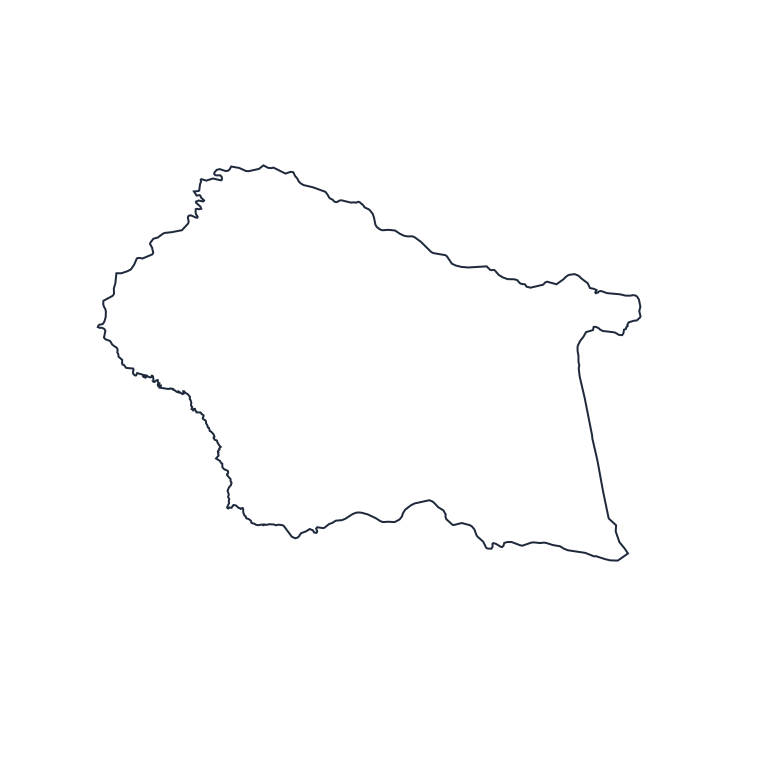 Lacluta, Viqueque, East Timor (Robinson projection), rotated 293°
{"feature_id": "22284137B55605414153919", "entity_name": "Lacluta", "entity_type": "district", "adm_level": 2, "iso_a3": "TLS", "parent_name": "East Timor", "parent_adm1": "Viqueque", "projection": "robinson", "projection_center": [126.14, -8.806], "detail": "fine", "context": "isolated", "style": "outline", "palette": "slate", "viewbox_px": 768, "rotation_deg": 293, "n_neighbors": 0, "source": "geoboundaries", "source_scale": "gbopen_adm2", "svg_char_len": 6153}
<svg xmlns="http://www.w3.org/2000/svg" viewBox="0 0 768 768"><g transform="rotate(293 384 384)"><path d="M323.3,674.8L326.6,669.8L330.4,662.5L338.8,654.9L344.6,652.9L348.0,643.5L348.7,642.9L371.2,627.3L396.6,610.6L415.5,596.9L417.6,595.9L449.1,574.5L467.5,561.1L474.7,557.0L477.5,556.5L480.1,554.5L486.1,551.9L489.7,549.5L493.1,547.9L495.2,547.4L500.6,547.8L505.3,549.1L510.7,549.7L515.3,555.3L518.4,554.7L519.2,556.0L519.4,557.9L519.1,560.2L518.5,561.7L518.3,564.7L521.4,575.3L521.6,577.0L521.0,580.9L522.0,584.1L524.0,584.6L527.8,583.7L529.2,585.2L530.9,584.8L532.5,585.7L533.5,584.8L536.4,585.2L539.9,589.3L541.2,591.8L545.3,593.7L546.5,593.7L550.8,590.5L555.3,589.8L561.3,585.7L563.4,582.8L563.7,581.0L563.2,578.7L561.5,576.1L559.7,571.7L558.8,566.3L554.8,553.8L554.4,547.4L552.9,545.4L552.1,545.4L550.3,543.6L550.8,542.7L553.5,542.9L553.6,540.0L552.8,536.1L556.4,532.1L558.0,525.4L559.7,520.6L559.6,516.5L557.1,512.2L555.8,510.8L552.8,509.1L550.7,508.4L543.2,503.8L541.9,494.2L540.6,492.8L537.5,491.6L529.9,481.2L529.3,477.1L530.8,474.9L529.8,471.2L530.0,469.4L531.7,466.0L531.2,462.7L528.8,456.8L528.6,451.7L529.2,447.0L531.7,442.1L532.0,440.7L530.6,438.1L530.6,437.0L532.4,432.5L524.2,416.1L522.0,409.4L521.1,403.9L521.3,399.4L526.2,391.9L526.6,390.3L523.8,378.3L523.9,376.0L529.4,362.1L531.1,354.6L531.0,352.3L529.1,348.2L528.3,344.6L528.5,339.9L529.6,334.2L527.6,327.7L525.0,322.7L524.7,320.7L524.9,319.0L525.7,316.1L527.2,313.9L533.5,309.6L536.2,307.1L537.4,305.0L538.8,302.2L539.0,297.2L540.5,294.9L541.8,290.6L541.7,289.1L540.2,287.8L539.1,284.5L538.1,282.9L536.5,273.2L535.7,271.6L533.0,269.5L532.6,268.5L532.5,266.9L533.5,265.0L533.8,261.3L536.5,257.7L538.0,254.9L537.3,241.6L535.7,232.3L536.1,229.0L537.2,226.3L539.0,224.3L540.9,220.6L543.5,217.8L542.9,215.3L539.2,211.1L540.0,197.6L538.8,196.2L537.7,193.0L538.1,187.6L533.1,184.8L527.1,176.4L526.1,173.8L526.3,166.4L524.5,158.4L521.1,158.0L519.2,156.9L518.2,155.1L517.6,148.8L515.8,146.4L512.8,145.3L511.2,145.5L510.6,146.3L510.4,147.9L512.1,151.7L511.4,153.5L509.5,154.8L508.5,154.9L507.8,154.4L506.3,146.2L501.8,141.0L501.2,135.8L500.3,135.5L498.7,136.5L496.0,136.6L489.9,138.3L489.2,137.9L487.0,133.8L484.2,137.9L485.8,140.5L485.5,141.6L484.1,142.8L482.7,146.7L481.6,146.5L481.3,145.9L480.5,141.8L478.6,139.8L478.0,139.7L477.3,140.4L475.6,145.6L473.9,147.3L472.7,145.6L472.0,143.0L471.3,142.4L468.2,143.6L466.8,144.6L465.2,147.1L464.1,147.1L463.7,146.1L463.8,140.3L462.6,138.5L460.8,138.3L457.0,140.8L455.2,141.0L446.6,137.9L440.7,129.1L437.5,123.3L436.0,121.8L430.4,118.5L427.7,115.0L422.7,113.7L421.5,113.9L419.0,117.1L414.7,120.3L412.8,120.1L405.1,112.6L404.7,110.1L403.6,107.9L402.8,107.4L396.2,107.4L390.5,106.2L387.6,103.8L383.2,98.8L381.4,94.4L372.0,97.3L366.3,98.0L361.6,100.2L359.7,100.0L358.4,99.2L351.0,93.2L347.9,94.3L345.8,95.9L344.0,98.3L341.8,99.8L336.7,101.7L332.3,102.2L329.7,101.8L329.0,101.4L327.6,99.1L326.3,98.3L324.6,98.3L324.6,100.4L325.5,102.2L325.4,105.0L324.0,106.8L317.3,108.1L316.3,110.1L316.6,115.0L314.0,118.6L312.8,124.1L311.3,125.5L309.0,126.1L307.7,127.7L305.4,129.0L303.9,133.6L300.4,134.9L299.7,135.9L300.0,136.9L298.1,140.4L300.2,147.1L299.4,147.9L297.2,148.1L295.5,149.1L294.6,151.1L294.8,152.2L295.2,152.5L297.6,152.5L298.4,159.4L297.5,159.7L296.9,159.3L296.5,159.9L296.7,162.1L297.2,162.3L298.8,161.0L299.1,162.2L298.5,164.3L298.8,166.4L299.5,167.2L300.9,167.0L301.1,167.7L300.6,168.5L297.7,170.2L296.6,170.6L296.3,170.2L296.0,170.7L296.0,171.5L296.7,172.3L298.6,173.2L299.2,174.1L296.9,175.7L296.9,177.0L295.5,176.9L295.1,176.0L294.2,176.5L294.0,176.8L294.9,177.6L295.5,179.2L295.1,179.4L293.5,178.2L292.9,178.6L295.0,186.9L295.5,188.2L296.5,188.9L296.4,189.7L297.0,191.2L297.0,191.8L296.5,191.8L296.3,192.4L296.4,194.0L295.8,196.1L296.0,198.4L296.8,198.0L296.0,202.5L296.7,203.2L298.9,202.0L299.2,202.8L298.1,204.7L298.1,206.9L296.4,210.4L294.2,211.1L293.8,212.0L291.9,213.7L288.6,214.9L288.0,216.3L285.7,216.7L285.8,217.9L285.3,218.5L286.9,218.8L287.2,219.7L285.8,220.7L285.5,221.9L284.6,222.5L286.0,226.0L286.0,226.7L285.1,227.8L284.8,229.9L284.1,230.5L281.8,230.4L281.1,231.1L280.7,233.8L280.2,234.6L278.2,235.7L277.0,237.5L275.2,238.8L275.2,240.0L272.6,242.1L272.6,243.5L271.3,246.5L269.2,248.6L267.8,248.1L266.5,250.0L266.7,252.2L265.0,253.7L262.8,256.8L262.3,258.3L260.2,257.5L259.3,258.2L258.0,257.5L256.8,257.5L256.2,258.5L255.5,258.3L253.5,259.7L249.8,258.5L249.1,263.1L247.8,264.7L247.4,266.3L244.5,267.6L243.7,268.7L243.1,270.3L243.0,274.2L241.8,275.1L240.0,275.2L239.7,274.8L238.8,275.1L236.5,279.9L234.5,280.8L233.7,282.2L231.2,282.6L228.2,281.7L224.6,281.7L221.7,284.3L219.2,284.6L217.6,286.5L215.1,287.0L214.0,287.9L209.2,287.8L208.5,288.6L208.7,289.4L210.0,290.2L210.5,292.0L213.8,292.7L214.3,294.9L213.6,297.6L213.1,298.4L213.4,299.9L213.0,300.9L214.5,302.0L214.4,302.9L210.7,304.7L208.4,307.0L208.1,308.4L206.6,309.7L206.8,312.4L206.3,314.2L205.8,315.3L204.6,316.0L204.3,317.1L204.8,319.2L204.4,321.2L204.9,323.5L206.9,326.3L206.7,327.8L207.1,328.5L207.9,328.4L208.3,330.7L210.2,333.4L211.7,337.7L211.7,339.8L213.3,341.8L214.4,345.9L214.1,347.4L207.4,358.8L207.3,362.5L208.8,364.4L210.3,365.2L214.2,365.9L218.0,369.9L221.5,372.3L221.5,375.8L220.0,377.6L220.6,380.0L222.1,380.2L224.5,378.0L226.1,378.6L227.5,384.2L228.5,385.4L233.7,388.2L235.7,390.5L239.4,393.1L242.2,398.4L245.0,401.2L252.0,405.9L254.5,408.5L255.8,410.7L256.8,413.9L257.6,419.9L257.3,428.5L256.4,434.1L256.4,436.8L258.9,441.8L261.0,447.7L265.3,451.2L269.1,452.3L272.1,451.9L276.5,452.6L282.6,456.0L285.9,458.7L294.7,471.1L294.8,474.3L294.2,476.6L291.8,481.9L290.9,488.0L288.1,491.7L285.9,492.4L283.9,494.2L281.1,502.3L281.6,503.5L286.4,509.9L287.6,518.2L287.2,520.7L285.5,524.0L280.8,528.4L280.0,529.8L277.6,536.9L273.5,541.7L273.0,542.7L273.1,544.0L274.4,547.2L276.3,547.6L279.4,546.3L280.3,546.9L280.6,549.5L279.8,555.1L280.0,556.4L281.8,557.2L284.7,556.8L286.8,559.4L288.4,563.3L288.8,572.7L289.2,574.5L295.4,581.4L296.6,583.4L298.7,590.1L300.5,593.2L301.1,595.6L301.7,602.2L303.4,609.5L302.7,613.8L302.8,618.2L307.2,635.3L307.4,644.7L308.3,646.2L309.2,656.1L310.1,661.3L312.8,668.2L323.3,674.8Z" fill="none" stroke="#1e293b" stroke-width="2"/></g></svg>